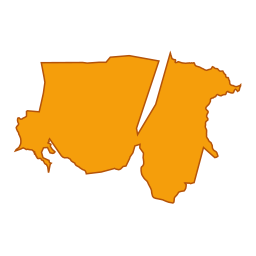 outline of Santiago Yucuyachi, Oaxaca, Mexico
{"feature_id": "50627088B52041523995534", "entity_name": "Santiago Yucuyachi", "entity_type": "district", "adm_level": 2, "iso_a3": "MEX", "parent_name": "Mexico", "parent_adm1": "Oaxaca", "projection": "orthographic", "projection_center": [-98.214, 17.61], "detail": "fine", "context": "isolated", "style": "filled", "palette": "amber", "viewbox_px": 256, "rotation_deg": 0, "n_neighbors": 0, "source": "geoboundaries", "source_scale": "gbopen_adm2", "svg_char_len": 5473}
<svg xmlns="http://www.w3.org/2000/svg" viewBox="0 0 256 256"><path d="M194.1,182.6L203.5,147.5L214.8,157.6L215.6,157.4L216.3,157.3L217.2,156.7L217.8,156.4L217.8,155.5L217.2,154.0L217.0,153.1L216.3,152.0L215.5,151.3L214.8,151.0L214.0,150.4L213.4,149.8L212.5,148.3L212.4,147.6L212.3,146.4L212.2,145.5L211.9,144.7L211.5,143.9L211.0,142.7L210.3,142.1L209.6,141.7L208.9,140.9L208.4,140.0L208.2,139.4L207.3,138.2L206.7,137.1L206.5,136.4L206.6,135.0L206.5,133.7L206.6,131.8L206.6,130.1L206.1,128.9L205.5,127.8L205.3,126.5L205.3,125.8L205.6,125.1L205.5,123.8L205.5,123.0L205.8,121.8L207.0,120.6L207.7,120.2L207.9,119.1L207.7,118.3L207.1,117.6L206.7,116.9L206.6,116.1L206.7,115.4L207.0,114.3L207.4,113.7L208.0,112.7L208.1,111.7L207.8,111.0L207.3,110.6L206.8,110.1L206.4,109.5L205.8,108.8L205.8,107.8L206.1,107.2L206.8,106.5L207.2,105.9L207.8,105.4L208.8,104.4L209.8,102.6L210.4,101.3L210.4,100.6L210.4,99.6L210.7,98.8L211.6,98.4L212.2,98.0L213.2,97.9L214.0,97.3L214.6,96.9L215.5,96.7L216.0,96.0L216.3,95.4L217.0,94.7L217.8,94.5L218.4,95.0L219.9,95.6L221.1,95.8L222.8,94.9L224.3,94.6L225.3,94.6L226.0,93.9L226.2,92.9L226.8,91.9L227.3,91.7L227.9,91.4L228.5,92.0L229.4,92.3L230.4,92.7L231.2,92.9L232.5,93.0L233.5,92.6L233.7,91.9L234.1,91.1L234.3,90.4L234.9,89.7L235.4,89.2L236.1,89.5L236.6,90.1L237.1,90.8L237.6,91.4L238.4,90.8L238.9,90.6L239.2,90.1L239.4,89.4L239.5,88.6L239.7,88.0L239.9,87.4L240.1,86.8L240.6,85.9L240.6,84.8L239.7,85.7L238.5,86.0L237.6,86.4L236.5,86.6L235.9,86.6L234.8,86.4L234.3,86.1L233.6,85.8L233.0,85.5L232.2,85.5L231.6,85.3L231.0,85.0L230.1,84.2L229.8,83.4L229.7,82.7L229.6,82.0L229.6,81.1L228.8,79.6L228.5,78.6L228.4,77.9L227.9,77.5L227.3,77.6L226.3,77.3L225.8,76.5L225.7,75.7L225.5,74.6L224.9,74.3L224.2,73.5L223.8,72.8L223.3,72.1L222.9,71.1L222.2,71.0L221.6,71.1L220.5,71.2L219.8,71.0L219.2,70.6L218.6,70.1L217.9,69.1L217.3,68.7L216.5,68.6L215.6,68.5L214.9,68.3L214.4,68.0L213.8,67.3L213.3,67.1L212.6,66.7L212.1,67.1L211.9,67.7L211.1,68.8L210.5,69.2L209.5,69.4L208.2,69.7L207.6,70.0L206.6,70.3L205.3,70.0L204.3,69.5L203.7,69.2L203.1,68.8L201.8,68.3L200.6,67.6L199.6,67.1L198.0,66.6L196.3,66.1L195.7,65.7L194.9,64.8L194.3,63.0L193.6,62.8L192.9,63.1L191.9,62.9L191.3,62.9L190.4,63.2L189.4,62.9L188.0,63.1L187.0,63.1L185.9,63.3L184.8,63.2L184.0,63.1L182.2,62.9L181.8,62.8L180.5,62.4L178.4,61.7L177.5,62.0L177.0,62.4L175.6,62.6L175.1,62.1L175.3,61.3L175.5,60.8L175.6,60.2L175.2,59.7L174.3,59.6L173.6,59.6L173.1,59.1L172.4,58.9L171.9,58.5L171.8,57.9L171.4,56.8L171.3,56.1L170.8,55.1L170.6,53.9L170.3,53.0L168.6,58.9L155.7,104.4L137.6,134.6L136.5,128.3L158.9,61.0L129.6,55.7L128.6,55.7L110.3,57.2L106.0,62.3L98.9,62.3L87.2,63.1L82.7,62.5L41.3,62.7L44.1,77.4L44.9,82.4L43.4,93.1L41.4,102.2L39.2,111.8L27.4,110.8L26.5,111.4L26.5,112.5L26.5,114.0L26.5,114.8L26.5,115.5L26.4,116.3L25.5,117.0L24.1,117.7L23.1,118.1L22.3,118.8L21.5,119.1L20.7,119.2L20.2,119.0L19.6,118.4L19.0,117.8L17.9,118.1L17.6,119.0L17.5,120.3L17.6,120.8L17.7,121.5L18.0,122.5L18.4,123.1L18.6,123.8L18.5,124.4L17.9,125.3L17.2,126.0L16.7,126.6L16.2,127.7L16.6,129.1L17.1,130.2L17.5,131.1L17.9,131.7L18.3,132.2L18.6,133.0L18.8,134.1L19.5,135.5L20.1,136.9L20.6,138.3L20.8,139.7L20.9,141.0L20.8,143.2L20.4,144.6L19.7,145.9L19.2,147.0L18.4,147.8L17.4,148.7L16.8,149.0L16.0,149.8L15.4,150.9L21.3,148.8L22.4,148.2L23.2,147.9L25.4,148.9L26.0,149.4L26.6,149.5L27.7,149.2L28.7,149.5L29.8,149.7L31.0,149.8L31.8,149.8L33.5,151.2L34.4,151.7L34.1,152.5L34.7,152.5L34.7,153.7L35.1,153.9L34.8,154.2L35.2,154.5L35.7,154.8L35.8,155.4L36.1,155.7L36.2,156.2L36.3,156.5L36.5,156.8L36.9,156.9L36.9,157.3L37.2,157.9L37.5,158.1L37.6,158.4L38.2,158.6L39.7,158.4L40.3,158.4L41.2,159.1L41.5,159.9L42.3,160.3L43.2,160.5L43.6,161.5L43.9,161.8L44.6,163.3L45.4,164.1L46.1,164.4L46.4,164.4L46.9,165.4L47.7,166.8L48.0,168.9L48.5,172.6L48.7,172.0L48.8,171.5L48.9,170.9L49.0,170.8L49.2,169.3L50.0,165.2L50.1,164.6L50.7,163.7L51.2,163.2L50.0,162.8L49.6,162.6L49.5,162.4L49.3,162.0L49.0,160.4L48.2,160.1L43.0,157.7L41.5,152.3L43.5,147.8L47.5,147.5L50.1,152.8L52.8,153.4L54.0,153.0L55.0,151.9L53.7,150.6L52.4,149.5L50.3,146.3L50.9,144.3L49.3,143.5L48.1,143.1L48.1,142.4L49.1,141.7L48.8,140.3L49.6,138.8L61.3,155.7L62.8,157.1L64.5,157.8L66.6,157.7L67.7,157.7L69.4,158.7L70.3,159.2L71.2,160.8L72.7,161.9L74.8,163.1L75.0,163.9L76.0,165.3L76.8,165.8L79.0,167.0L80.3,168.1L81.6,168.9L82.3,169.4L83.5,169.9L84.3,170.2L85.0,170.6L85.6,171.5L86.1,172.8L86.3,173.8L101.3,172.0L114.0,168.6L114.6,168.4L115.4,168.9L116.4,169.2L117.4,169.4L118.6,169.7L119.8,169.4L120.7,168.9L121.8,167.8L123.1,166.5L126.0,166.0L126.6,164.7L129.5,158.7L130.1,156.8L132.9,152.8L134.9,145.9L140.0,144.3L139.8,147.9L143.4,152.9L143.4,154.4L143.2,156.5L143.1,157.7L143.4,159.2L143.5,160.2L143.7,161.5L143.7,163.3L143.6,164.2L143.1,165.3L142.8,165.8L142.4,166.2L141.4,167.1L141.1,168.2L141.1,170.5L141.2,171.5L141.5,173.3L141.9,174.7L142.8,176.3L144.1,178.3L145.4,179.7L146.5,180.6L147.5,181.9L148.5,184.2L149.2,185.5L149.8,186.7L150.2,187.4L151.0,189.1L151.5,190.6L151.6,191.9L151.7,192.8L152.0,194.1L152.6,196.2L153.6,197.5L155.5,198.3L159.0,199.0L162.7,199.8L164.5,200.6L166.4,201.4L168.7,202.2L170.3,202.5L172.0,202.8L172.9,203.0L173.9,202.1L174.2,199.7L174.3,198.3L174.7,197.3L175.6,196.3L176.6,195.3L177.7,193.8L178.4,192.6L179.2,191.9L181.4,191.3L184.1,190.9L184.9,189.9L185.7,188.4L186.1,186.2L186.2,184.6L184.9,183.0L185.8,182.9L187.3,183.1L188.5,183.1L189.5,183.1L190.6,183.6L193.6,182.7L194.1,182.6Z" fill="#f59e0b" stroke="#b45309" stroke-width="1.5"/></svg>